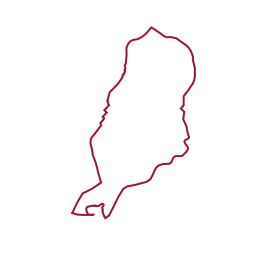 the district of Kotawaringin Timur, Kalimantan Tengah, Indonesia, rotated 44°
{"feature_id": "22746128B94284518008212", "entity_name": "Kotawaringin Timur", "entity_type": "district", "adm_level": 2, "iso_a3": "IDN", "parent_name": "Indonesia", "parent_adm1": "Kalimantan Tengah", "projection": "orthographic", "projection_center": [112.934, -2.23], "detail": "fine", "context": "isolated", "style": "outline", "palette": "rose", "viewbox_px": 256, "rotation_deg": 44, "n_neighbors": 0, "source": "geoboundaries", "source_scale": "gbopen_adm2", "svg_char_len": 4239}
<svg xmlns="http://www.w3.org/2000/svg" viewBox="0 0 256 256"><g transform="rotate(44 128 128)"><path d="M74.9,39.5L75.2,43.6L75.3,44.5L75.4,49.0L74.8,52.0L74.7,52.9L73.4,57.0L70.2,61.7L69.4,64.3L69.6,67.1L71.2,71.4L76.2,76.4L80.4,81.5L81.1,82.4L81.7,83.6L82.1,85.2L83.3,86.0L84.9,87.1L85.2,87.6L85.1,88.5L85.6,89.1L86.5,89.2L86.8,89.5L87.3,91.4L87.1,91.9L87.8,92.4L87.8,92.9L87.4,93.6L87.8,94.3L88.6,94.8L88.8,95.6L89.2,97.8L90.1,103.3L90.1,104.1L90.1,105.2L90.1,107.4L90.1,110.0L90.0,112.4L90.0,113.8L90.0,115.0L93.6,121.5L93.7,121.9L94.2,121.9L94.2,122.3L94.8,123.1L94.8,123.3L95.6,123.3L96.4,123.9L96.7,124.0L97.0,124.4L98.6,124.8L98.6,131.6L102.0,131.6L102.0,137.5L104.0,137.5L104.6,140.3L104.6,143.6L106.3,144.3L106.9,144.9L107.1,146.6L107.2,147.5L107.7,151.7L108.0,154.0L108.2,156.3L108.4,159.2L109.0,161.9L109.2,162.2L111.9,165.3L114.1,166.6L118.4,169.4L121.3,171.8L124.7,173.4L125.9,174.0L129.0,175.5L133.4,178.1L135.8,179.7L138.1,181.2L138.7,181.5L146.6,186.0L144.4,196.3L144.1,197.3L143.9,197.9L141.9,203.6L141.3,205.2L141.0,205.9L140.8,206.5L143.0,215.7L143.8,218.4L145.0,222.0L147.0,228.0L147.4,227.7L147.5,227.7L147.9,227.5L148.0,227.4L148.3,227.2L148.5,227.1L149.0,226.9L149.5,226.7L150.0,226.4L150.4,226.2L151.0,225.8L151.3,225.7L151.6,225.5L151.7,225.4L152.1,225.1L152.3,224.9L152.8,224.5L152.9,224.4L153.4,224.1L154.0,223.6L154.4,223.1L154.6,223.0L155.0,222.7L155.9,221.9L156.4,221.4L156.5,221.3L156.6,221.2L157.1,220.6L157.8,220.0L158.7,219.2L158.8,219.0L159.0,218.9L160.0,217.9L160.6,217.3L161.2,216.8L162.5,215.6L163.0,215.2L163.2,214.9L162.9,214.7L162.8,214.9L162.6,215.1L162.8,215.1L162.9,214.9L163.0,214.8L163.0,215.0L162.9,215.0L162.7,215.2L162.7,215.3L162.2,215.8L161.8,216.2L161.1,216.9L160.7,217.2L160.6,217.3L160.3,217.4L160.1,217.4L160.0,217.5L160.0,217.4L159.0,217.5L158.9,217.5L158.3,217.4L158.1,217.4L157.7,217.3L157.4,217.2L156.9,217.0L156.2,216.7L155.9,216.5L155.6,216.4L155.4,216.2L155.0,215.9L154.8,215.8L154.4,215.4L154.2,215.2L153.9,214.7L153.7,214.2L153.6,213.9L153.6,213.2L153.7,212.9L153.7,212.7L153.9,212.4L153.9,212.2L154.0,212.1L154.2,211.9L154.4,211.6L154.9,210.8L155.0,210.7L155.2,210.4L155.3,210.3L156.0,209.4L156.5,208.8L157.0,208.1L157.2,207.8L157.3,207.6L157.5,207.2L157.8,206.9L157.9,207.0L158.0,207.0L158.4,207.0L158.4,206.9L158.7,206.8L158.8,206.7L159.0,206.4L159.1,206.5L159.4,206.4L159.8,206.0L160.2,205.7L160.5,205.2L160.8,204.8L160.8,204.7L161.0,204.2L161.3,203.3L161.4,202.8L161.6,202.1L161.8,201.4L162.0,200.9L162.3,200.1L163.5,200.0L163.7,200.3L163.8,200.3L163.7,200.3L163.8,200.4L163.9,200.5L164.0,200.6L164.2,200.8L164.3,201.0L164.4,201.3L164.5,201.4L164.5,201.5L164.5,201.8L164.5,202.1L164.5,202.4L164.6,202.8L164.7,203.1L164.9,203.3L165.0,203.4L165.2,203.6L165.3,203.6L165.6,203.7L165.6,203.8L165.8,203.9L166.2,204.1L166.6,204.3L166.7,204.5L166.8,204.5L167.0,204.6L167.3,204.8L167.3,205.0L167.4,205.5L167.6,205.6L168.2,206.1L168.5,206.2L169.2,206.6L169.8,206.8L170.1,207.0L171.2,207.5L171.4,207.7L171.6,207.7L171.8,207.7L171.8,207.8L172.0,208.0L172.3,208.0L172.7,208.2L172.9,208.2L173.1,208.2L173.3,208.2L173.5,208.3L174.0,208.5L174.3,208.6L175.2,204.2L172.6,195.8L169.0,184.4L168.6,183.1L168.1,180.6L167.2,176.5L166.9,175.0L167.1,174.3L167.9,170.8L169.4,168.6L171.6,165.5L172.4,164.3L178.7,154.0L178.8,153.4L179.7,149.4L179.7,149.2L177.9,143.2L176.7,140.3L176.7,140.1L176.0,137.8L175.9,137.3L175.8,136.9L176.0,133.8L176.2,133.6L177.5,130.8L178.1,129.8L179.3,128.5L179.6,128.2L180.1,127.7L181.0,126.7L181.5,126.2L182.2,125.4L182.3,125.3L183.0,123.8L182.8,121.6L181.8,119.8L181.3,117.7L181.5,115.7L182.7,114.0L183.8,113.2L184.4,112.7L186.4,110.2L186.4,107.8L186.6,105.7L186.4,104.2L186.2,102.6L185.4,101.1L184.2,100.4L183.6,100.0L180.8,99.7L178.1,98.7L177.6,97.7L177.7,96.4L178.4,95.0L178.5,94.7L178.5,92.5L178.0,91.9L177.1,91.6L175.7,90.8L174.5,90.2L172.9,89.1L172.2,88.5L168.5,86.0L161.7,83.4L157.3,77.3L152.5,77.2L152.5,75.2L152.5,74.6L152.2,74.5L152.2,72.9L146.0,66.5L145.1,58.4L144.1,53.3L143.9,52.0L143.8,51.0L141.9,46.8L141.5,46.3L140.0,44.1L134.4,38.4L127.1,33.8L125.0,31.4L120.2,29.2L116.5,28.3L113.1,28.0L100.5,29.9L99.1,30.7L96.1,32.6L94.7,33.8L93.1,35.6L90.5,36.8L89.1,37.0L83.2,37.8L76.1,39.2L74.9,39.5Z" fill="none" stroke="#9f1239" stroke-width="2"/></g></svg>